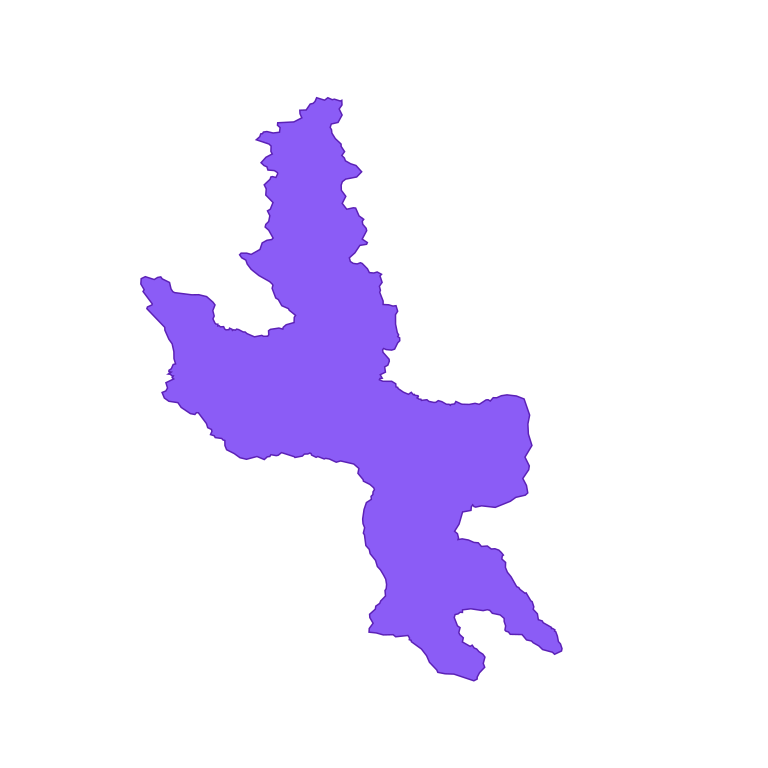 the district of Parinacochas, Ayacucho, Peru, rotated 292°
{"feature_id": "86281439B29784244980740", "entity_name": "Parinacochas", "entity_type": "district", "adm_level": 2, "iso_a3": "PER", "parent_name": "Peru", "parent_adm1": "Ayacucho", "projection": "equal_earth", "projection_center": [-73.675, -15.069], "detail": "fine", "context": "isolated", "style": "filled", "palette": "violet", "viewbox_px": 768, "rotation_deg": 292, "n_neighbors": 0, "source": "geoboundaries", "source_scale": "gbopen_adm2", "svg_char_len": 6171}
<svg xmlns="http://www.w3.org/2000/svg" viewBox="0 0 768 768"><g transform="rotate(292 384 384)"><path d="M390.7,119.4L385.6,121.1L381.6,126.3L379.5,125.9L371.5,139.1L370.4,139.2L366.8,135.8L365.0,135.9L354.4,159.5L351.8,160.7L344.9,167.8L341.9,172.5L335.2,177.1L328.8,179.8L324.6,183.2L323.1,181.2L318.5,181.1L316.2,179.5L314.9,179.9L315.3,182.2L312.4,180.2L313.0,182.3L312.1,184.2L312.5,185.6L310.6,185.2L309.9,187.1L303.5,181.3L299.2,184.8L295.8,184.3L293.0,181.4L288.7,185.6L287.4,191.0L289.5,199.9L286.3,204.7L284.0,215.6L284.9,220.1L287.1,220.8L287.8,222.6L280.8,234.2L277.5,236.9L277.2,241.1L275.6,242.2L272.1,242.1L272.4,245.9L271.1,247.6L272.7,253.9L271.8,255.7L272.0,257.6L267.3,259.6L264.1,262.7L263.4,271.2L261.7,278.1L262.7,284.7L269.2,293.4L269.1,301.3L272.8,303.1L274.0,305.3L276.1,305.6L277.2,310.9L278.3,312.6L282.0,314.7L283.0,328.0L282.5,328.9L286.6,335.3L289.2,336.4L290.6,339.6L292.2,341.1L292.2,342.4L291.0,343.4L290.6,348.5L292.0,349.8L292.1,356.6L293.2,357.8L294.0,361.4L293.6,369.0L296.4,372.6L298.5,385.9L296.3,392.3L291.4,393.3L287.5,400.5L286.2,401.3L285.6,408.6L283.9,413.4L282.4,414.7L280.0,414.2L277.3,415.1L275.0,414.1L272.3,415.5L267.5,412.1L260.2,412.5L250.8,414.8L246.6,416.9L243.5,419.9L238.0,420.7L236.8,422.4L227.4,427.7L225.1,432.3L221.5,434.7L217.3,442.2L212.3,446.2L210.3,450.4L206.5,455.4L203.7,458.7L199.1,461.5L195.1,462.7L192.9,462.3L188.0,464.8L181.6,462.2L179.0,462.2L175.0,459.6L172.0,460.3L165.1,456.9L162.1,458.4L158.1,463.5L151.8,461.9L148.3,463.1L150.3,470.1L151.1,477.3L155.0,486.4L154.0,489.5L159.8,500.4L158.1,502.8L156.4,503.2L156.5,505.2L155.3,505.9L152.3,518.0L148.0,525.3L143.0,530.4L138.6,540.1L136.8,541.9L138.2,549.2L141.2,557.5L142.5,578.5L145.3,580.9L147.2,580.2L152.0,580.7L159.1,583.5L162.1,580.7L168.6,579.9L170.5,576.9L171.4,572.3L173.0,569.2L173.0,566.5L174.9,563.6L173.0,562.1L174.2,553.3L178.4,552.6L180.0,548.2L181.5,546.5L186.6,545.8L187.3,542.7L193.8,536.6L196.9,536.3L198.6,538.8L200.9,540.1L201.6,542.3L204.0,541.4L208.1,548.7L211.0,560.8L213.4,564.3L213.8,566.8L212.0,570.3L213.4,578.2L211.7,583.2L208.8,584.4L205.3,587.4L201.2,588.3L200.5,589.6L200.7,592.3L199.2,594.8L203.4,605.9L200.1,612.0L201.0,617.1L200.0,619.2L199.2,625.6L197.2,630.5L198.4,640.7L197.3,643.4L202.9,648.6L205.3,648.2L209.1,645.0L210.5,642.2L215.2,639.2L218.7,636.0L218.8,634.7L220.1,634.5L220.5,631.5L220.0,630.9L221.1,630.2L222.3,621.0L223.6,619.5L223.3,615.4L228.4,612.3L231.0,606.7L233.5,606.4L237.7,602.9L238.0,601.3L243.6,594.0L242.8,593.1L244.5,587.0L245.7,585.3L245.8,582.9L252.8,574.1L255.7,568.9L259.4,565.3L264.1,563.6L265.9,558.8L268.8,558.1L270.1,558.8L271.7,555.9L273.0,552.7L272.8,548.5L271.2,545.3L272.5,540.5L269.9,535.2L272.1,530.9L270.8,526.7L271.0,520.8L269.7,514.5L267.5,510.9L269.1,510.8L272.7,508.2L273.9,504.6L282.2,506.1L294.8,504.8L299.4,512.0L302.8,511.0L305.2,511.5L304.1,513.4L304.2,515.1L307.6,520.1L311.3,533.4L322.6,545.1L328.3,548.7L333.9,556.7L336.9,558.1L343.3,554.1L348.4,548.1L358.7,550.3L362.5,549.4L369.0,542.1L382.4,544.2L391.7,536.6L400.8,532.4L409.7,530.7L422.6,519.5L422.5,511.3L420.0,502.1L417.1,497.2L413.5,493.7L412.2,490.4L408.0,488.9L408.4,486.4L407.5,484.6L400.8,479.9L400.2,475.7L397.0,470.7L394.4,463.7L394.7,457.2L392.0,456.9L390.1,453.7L389.1,453.5L389.6,452.1L388.6,449.5L389.3,444.3L388.9,440.5L386.5,439.0L385.6,437.2L384.7,432.1L385.5,429.7L382.8,424.8L383.7,423.9L383.1,422.2L383.5,419.9L385.1,420.6L385.9,419.9L385.1,417.0L385.7,416.0L385.0,415.3L386.5,412.4L383.6,410.5L383.7,405.1L385.1,398.7L386.0,398.0L385.8,396.2L388.6,394.8L389.4,390.2L386.1,381.9L386.2,378.1L387.6,378.2L388.7,380.2L391.2,377.0L395.5,380.9L400.1,378.2L402.9,380.5L407.1,380.4L408.9,379.4L413.0,371.2L415.2,369.9L416.8,370.4L416.7,373.0L418.3,378.4L420.3,380.8L427.3,381.3L430.0,382.4L432.7,381.2L433.1,379.0L435.0,379.2L436.6,377.1L443.8,372.3L452.6,368.7L456.6,369.4L461.1,365.8L459.6,363.1L459.2,358.7L457.4,353.4L460.6,352.1L467.5,345.6L469.5,345.6L472.9,343.1L477.5,344.2L482.7,339.8L484.8,340.6L485.3,335.7L483.1,333.0L481.8,328.7L484.6,325.5L487.6,318.6L487.6,316.7L485.3,314.2L484.3,310.3L485.0,306.9L488.0,304.6L494.7,307.9L503.5,309.7L507.0,315.5L508.9,315.6L510.2,309.5L519.7,310.5L521.7,309.1L524.1,304.5L526.7,302.9L529.1,303.5L530.5,297.9L536.5,291.8L535.9,289.6L532.1,284.0L535.8,277.6L543.7,278.3L547.6,271.9L552.3,269.8L556.0,269.6L559.6,271.7L565.7,281.1L572.4,283.8L576.1,276.2L575.7,270.5L576.5,264.6L578.7,262.6L580.1,259.3L584.7,260.4L588.2,255.3L590.4,254.3L593.3,246.9L597.1,241.7L600.2,240.0L601.7,238.0L605.3,237.7L609.3,243.4L617.7,244.4L622.2,239.4L627.0,240.5L631.2,238.6L630.0,237.5L629.5,231.3L628.2,229.5L628.4,224.7L624.9,222.6L624.2,214.3L620.1,214.2L617.7,213.2L615.9,210.7L608.9,209.2L606.3,203.4L603.1,204.9L600.0,208.1L593.2,202.2L586.4,187.6L584.0,188.3L582.8,191.6L578.3,192.8L575.2,187.2L574.2,180.8L572.4,177.8L570.7,177.6L569.7,176.0L566.8,176.2L562.6,174.1L563.4,187.5L562.3,190.2L557.3,192.0L555.4,194.2L550.0,189.6L543.1,187.1L541.6,190.9L541.5,194.1L538.9,196.2L540.8,202.4L540.1,206.0L539.0,206.7L535.0,206.4L534.5,202.8L533.5,201.5L531.2,201.7L523.8,198.3L520.8,201.7L514.9,203.6L510.7,213.1L503.5,213.1L500.9,211.1L497.3,215.1L491.5,216.2L487.7,214.6L485.0,215.0L483.4,219.5L477.8,226.5L475.9,225.8L473.4,221.6L469.2,218.2L462.3,218.6L454.4,212.3L453.9,207.8L451.8,202.5L449.7,201.7L447.7,204.8L447.1,209.5L443.9,212.3L440.5,218.0L437.7,227.4L436.1,239.6L434.8,242.9L434.0,244.0L430.8,244.4L423.2,251.4L422.7,254.4L418.3,259.9L418.1,267.1L416.9,268.5L414.5,276.3L412.2,275.8L407.3,277.6L402.3,271.1L398.8,269.3L397.0,269.6L396.5,265.6L392.1,258.2L390.1,257.0L386.5,258.7L384.7,258.2L383.1,254.4L383.3,252.5L379.2,246.2L379.4,238.0L380.2,235.8L379.5,233.9L380.0,228.9L379.7,226.8L378.3,226.1L377.9,224.2L376.9,223.4L377.8,222.6L377.9,219.9L376.3,219.9L375.0,217.2L375.3,215.7L377.1,213.8L375.7,210.9L376.3,209.2L375.6,208.1L377.2,207.6L376.6,205.7L377.2,204.4L380.3,201.0L383.4,201.1L387.9,197.8L394.0,197.7L395.8,194.8L398.6,186.8L397.4,178.8L394.7,172.4L390.3,155.7L390.5,153.6L392.4,150.9L397.8,147.1L398.4,139.0L399.7,136.9L398.0,134.2L394.8,131.8L394.1,122.5L390.7,119.4Z" fill="#8b5cf6" stroke="#5b21b6" stroke-width="1.5"/></g></svg>